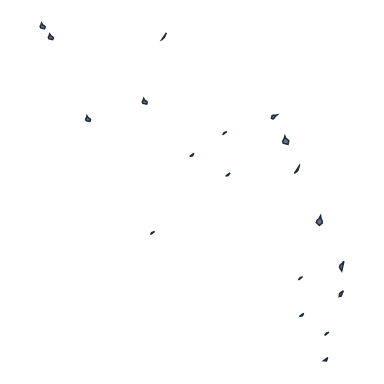 the Atoll of Shaviyani
{"feature_id": "MDV-5225", "entity_name": "Shaviyani", "entity_type": "Atoll", "adm_level": 1, "iso_a3": "MDV", "parent_name": "Maldives", "parent_adm1": "", "projection": "robinson", "projection_center": [73.113, 6.266], "detail": "fine", "context": "isolated", "style": "filled", "palette": "slate", "viewbox_px": 384, "rotation_deg": 0, "n_neighbors": 0, "source": "natural_earth", "source_scale": "10m", "svg_char_len": 1778}
<svg xmlns="http://www.w3.org/2000/svg" viewBox="0 0 384 384"><path d="M320.6,215.7L321.0,218.6L322.1,220.8L322.3,223.0L319.4,225.4L316.3,222.6L316.9,220.6L319.0,218.6L320.6,215.7ZM284.9,136.1L285.8,138.6L286.7,139.0L287.5,139.5L288.8,140.9L288.0,144.4L283.3,143.2L283.2,142.9L282.6,141.4L284.0,139.0L284.9,136.1ZM343.9,261.3L341.7,271.0L339.5,267.3L340.0,265.3L341.9,263.6L343.9,261.3ZM49.7,33.9L51.0,35.8L52.5,36.8L52.9,37.2L53.4,37.7L53.4,37.8L52.7,39.6L49.0,38.8L48.9,38.5L48.3,37.3L49.2,35.6L49.7,33.9ZM41.5,23.0L42.8,25.0L44.4,26.0L44.9,26.6L45.2,26.8L44.5,28.8L40.8,27.9L40.7,27.7L40.1,26.5L41.1,24.7L41.5,23.0ZM143.7,98.4L144.8,100.4L146.5,101.2L147.3,102.2L146.7,104.1L142.8,103.3L142.3,101.8L143.2,100.1L143.7,98.4ZM86.9,115.8L88.1,117.7L88.3,117.8L89.8,118.7L90.1,119.0L90.5,119.6L89.9,121.5L86.2,120.7L85.6,119.3L86.6,117.4L86.9,115.8ZM277.0,114.9L275.2,116.5L274.1,118.1L273.0,119.0L271.4,118.3L272.0,115.8L273.3,115.2L275.1,115.3L277.0,114.9ZM343.4,290.8L342.3,293.0L341.7,294.9L341.0,296.2L339.5,296.4L339.3,296.5L339.5,293.8L340.5,292.6L341.8,292.0L343.4,290.8ZM299.4,165.7L299.4,165.8L297.7,170.8L294.6,173.1L294.2,173.3L294.7,172.9L299.4,165.7ZM327.8,357.5L327.7,357.6L326.4,361.0L323.6,360.7L327.8,357.5ZM303.6,313.3L302.4,315.8L299.4,316.5L303.6,313.3ZM166.4,32.8L164.3,37.4L162.0,39.6L161.8,39.7L166.4,32.8ZM194.0,153.2L193.9,153.3L192.4,155.9L190.1,156.3L189.8,156.4L194.0,153.2ZM230.0,172.9L228.2,175.5L225.7,176.1L230.0,172.9ZM154.7,231.4L154.5,231.5L150.6,234.5L151.7,232.6L154.7,231.4ZM328.9,332.2L328.8,332.3L325.0,335.2L324.7,335.4L326.3,333.2L328.9,332.2ZM302.5,276.8L302.4,276.8L298.5,280.0L299.9,277.8L302.5,276.8ZM226.9,131.5L226.6,131.7L223.0,134.5L222.7,134.8L224.0,132.8L226.9,131.5Z" fill="#64748b" stroke="#1e293b" stroke-width="1.5"/></svg>